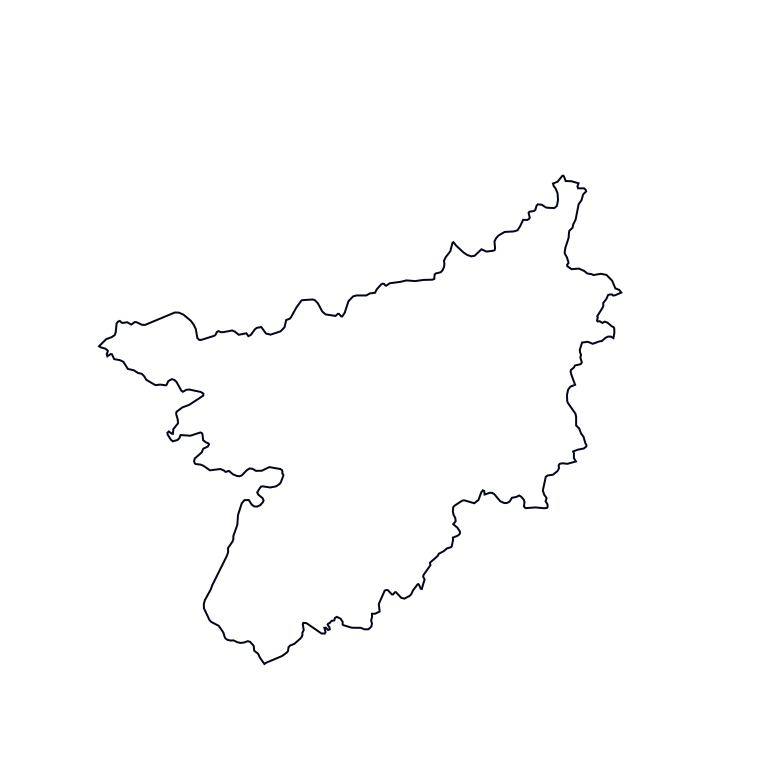 an SVG outline of Bihar, rotated 327°
{"feature_id": "IND-3258", "entity_name": "Bihar", "entity_type": "State", "adm_level": 1, "iso_a3": "IND", "parent_name": "India", "parent_adm1": "", "projection": "mercator", "projection_center": [85.594, 25.909], "detail": "fine", "context": "isolated", "style": "outline", "palette": "ink", "viewbox_px": 768, "rotation_deg": 327, "n_neighbors": 0, "source": "natural_earth", "source_scale": "10m", "svg_char_len": 6166}
<svg xmlns="http://www.w3.org/2000/svg" viewBox="0 0 768 768"><g transform="rotate(327 384 384)"><path d="M583.8,326.0L590.1,322.1L593.4,324.4L595.2,324.6L596.9,323.8L598.4,319.3L599.8,318.7L603.7,320.5L605.6,320.5L609.0,317.6L610.9,317.1L614.0,319.7L615.9,324.1L617.5,325.5L622.6,329.2L626.0,328.8L630.2,324.4L633.5,318.4L634.4,313.4L634.1,310.6L634.9,307.9L639.8,308.9L646.7,306.6L647.8,306.9L648.0,307.9L646.9,312.7L651.5,315.9L656.5,321.6L653.8,323.7L653.4,325.6L658.4,328.9L658.9,331.0L658.4,332.6L654.4,333.4L649.6,337.5L645.2,339.2L634.1,350.6L629.5,353.3L627.1,355.7L623.0,356.4L622.0,357.3L618.3,362.1L610.7,368.2L607.6,371.5L606.7,373.0L606.4,377.3L605.1,382.0L604.5,383.1L602.5,383.7L601.9,385.1L603.8,389.8L610.4,393.4L613.5,398.3L614.7,402.1L617.8,404.8L619.0,406.7L625.9,409.7L630.0,413.7L631.6,421.6L630.1,429.8L632.5,433.1L632.8,436.6L626.0,435.4L624.3,434.6L624.1,433.3L622.5,432.1L620.4,431.4L616.8,433.8L612.1,435.4L610.2,438.2L608.8,439.1L599.7,443.3L599.6,444.5L597.2,446.9L597.2,447.8L599.0,448.8L600.5,451.8L603.1,451.9L604.8,454.2L606.5,459.7L607.5,461.4L607.4,462.7L605.1,466.5L601.4,470.5L600.0,467.7L597.7,466.3L595.1,465.9L590.1,466.6L587.7,465.5L581.0,464.0L577.9,459.6L572.7,457.1L566.9,461.9L565.7,464.1L565.1,466.9L563.1,468.7L561.7,473.6L559.8,474.5L554.2,472.5L552.2,473.6L548.3,474.1L547.2,475.3L546.2,478.3L543.8,488.8L538.9,487.7L535.4,489.0L531.6,492.7L528.3,498.2L527.9,500.1L528.4,513.1L527.3,516.1L522.5,523.5L523.5,527.5L522.3,533.1L522.6,536.9L520.7,543.0L520.5,545.5L519.6,546.6L516.4,546.9L510.7,544.6L505.9,543.6L505.6,545.5L502.9,549.5L502.8,553.5L494.3,550.8L490.8,547.9L488.0,546.6L486.0,547.5L484.9,550.0L482.1,551.5L476.2,552.1L471.6,549.9L469.2,549.9L459.2,559.8L458.1,564.0L458.2,568.2L455.6,570.4L455.6,573.9L454.2,576.3L453.0,576.7L450.5,575.3L443.8,570.0L435.1,565.2L434.7,562.8L437.5,559.6L438.2,557.3L437.7,553.4L436.6,551.1L433.5,550.8L429.3,549.1L425.7,550.9L423.8,551.0L421.7,550.5L419.7,548.9L417.6,545.5L416.5,536.5L415.4,534.2L413.6,532.9L408.2,531.5L409.8,528.2L409.0,527.0L406.6,527.8L400.1,532.7L394.8,533.2L387.9,525.2L385.9,524.4L376.6,524.5L375.0,525.0L372.4,528.3L371.1,531.6L370.8,535.2L369.4,538.1L365.7,539.3L367.3,544.5L367.3,549.0L366.7,550.3L365.3,551.2L362.6,551.3L358.1,550.3L357.1,552.3L352.3,557.1L351.3,557.4L347.5,556.2L342.7,556.7L337.4,556.2L335.6,557.4L325.2,558.9L324.2,561.3L313.1,565.7L311.9,566.9L311.6,570.0L304.0,576.5L303.3,575.7L304.0,571.5L303.8,570.5L303.1,570.3L295.9,572.9L292.2,575.2L290.0,575.7L284.2,575.1L282.0,572.7L280.6,565.0L279.7,564.6L277.0,565.4L276.0,564.8L275.0,559.1L273.6,557.9L272.0,557.7L259.8,565.7L256.4,572.5L251.4,571.8L248.8,570.1L247.1,572.9L244.5,575.2L243.4,578.4L241.2,580.6L237.3,581.2L234.0,579.1L231.8,575.9L224.3,570.9L218.6,564.2L218.3,563.2L219.8,560.9L219.7,557.0L217.6,553.6L215.4,553.5L213.5,555.2L211.1,554.1L208.7,554.8L206.3,554.7L205.6,555.1L205.7,558.5L204.9,560.2L203.1,559.8L202.5,556.7L201.2,556.0L199.9,560.2L198.3,561.0L195.7,559.2L188.7,542.3L186.3,540.4L185.1,541.2L182.6,546.7L180.1,548.1L178.8,550.2L177.0,551.4L174.9,552.0L167.3,553.1L162.8,552.2L160.5,552.8L158.2,555.6L156.3,556.3L150.3,556.6L133.0,553.5L131.2,553.7L130.9,546.1L131.5,541.7L129.9,537.0L132.1,532.6L131.3,527.4L129.7,525.5L125.6,524.5L122.5,522.9L120.3,520.6L118.1,517.0L115.6,515.6L113.3,513.2L112.7,511.8L112.4,510.2L113.9,504.9L113.7,496.8L109.5,489.4L109.1,486.9L110.8,474.2L112.9,470.6L115.9,467.8L126.9,461.9L130.4,459.2L159.0,442.3L161.9,439.9L163.7,436.7L171.4,433.5L173.3,431.9L174.8,429.5L184.2,422.3L190.3,414.3L199.7,406.6L203.7,405.4L207.4,407.6L207.4,413.1L208.4,415.9L210.8,417.7L214.3,418.2L218.0,417.2L219.6,416.1L220.0,413.5L218.4,408.7L218.6,405.9L223.1,403.7L225.0,403.1L226.6,403.8L232.2,408.8L237.6,411.0L241.7,411.0L243.7,410.4L249.2,406.4L250.2,405.3L250.0,403.6L251.2,402.0L251.5,400.4L250.7,398.8L242.5,391.2L234.3,390.2L229.3,387.1L227.6,383.6L225.2,381.6L221.9,381.6L214.8,383.2L212.7,382.7L210.7,381.2L208.1,377.4L206.6,372.4L203.3,371.5L202.5,369.1L200.5,366.2L191.0,361.6L188.1,354.4L186.3,351.7L182.5,348.6L182.1,347.5L182.6,345.4L184.7,343.4L193.8,342.1L197.2,339.8L202.3,340.5L204.3,339.3L204.5,338.3L202.8,335.8L201.7,332.7L204.4,327.2L204.4,325.7L203.5,324.6L193.4,321.9L185.6,316.0L182.8,318.0L180.4,318.5L175.7,317.1L174.9,314.7L175.0,308.7L175.7,307.0L177.7,306.6L179.0,310.2L179.8,310.8L182.8,307.1L189.8,304.8L191.7,301.4L193.4,295.8L194.8,294.3L202.1,293.8L209.2,295.4L226.1,295.3L227.3,293.7L226.0,290.9L217.7,282.6L215.1,281.2L211.1,281.0L210.4,279.1L211.1,269.1L210.4,266.5L208.8,264.4L204.6,264.1L201.4,266.2L200.3,266.3L196.1,262.7L191.6,260.4L186.9,251.0L187.1,247.2L186.4,243.5L183.7,240.8L181.6,236.1L177.4,231.9L177.5,223.4L175.5,220.2L171.3,216.2L172.0,210.8L171.0,210.0L167.1,210.1L167.7,208.0L170.3,206.1L170.4,205.1L169.6,202.6L166.5,199.1L165.6,197.1L175.4,195.1L181.2,196.4L184.7,196.3L187.1,194.6L192.6,187.7L194.8,186.8L196.8,187.2L197.3,189.5L198.3,190.6L202.2,192.3L204.4,196.5L208.8,196.3L210.2,197.5L213.4,202.7L215.8,204.3L247.5,210.1L250.8,212.4L253.6,216.6L256.4,225.7L256.7,230.5L256.1,235.4L252.5,243.8L253.1,246.4L254.5,247.4L267.8,251.1L269.1,251.1L272.4,249.3L274.1,249.6L275.3,251.6L277.9,253.2L285.8,256.4L287.4,258.8L289.0,263.6L296.2,266.5L296.3,270.0L299.1,270.3L305.3,267.9L307.8,267.6L312.1,269.4L312.5,277.4L315.7,280.8L325.9,283.5L331.4,282.3L336.8,277.1L340.7,277.9L342.7,277.2L351.6,272.4L360.3,269.0L361.5,269.4L370.1,274.2L371.7,276.1L372.5,280.4L371.7,289.5L372.9,293.8L380.4,300.5L383.6,300.0L384.5,300.8L384.9,303.9L385.7,304.6L389.8,302.9L399.3,295.2L405.8,293.7L409.2,294.8L417.4,300.1L421.4,300.3L426.2,302.6L429.4,300.7L436.0,298.9L437.8,299.3L438.6,300.2L438.7,301.9L439.5,302.8L443.6,302.6L453.7,307.4L459.2,309.3L466.2,314.7L473.6,318.1L481.3,322.8L483.3,323.3L486.1,319.7L487.6,319.5L492.5,321.2L495.3,320.4L498.0,318.6L500.1,316.2L501.3,313.4L504.7,311.3L511.9,308.8L518.3,302.9L519.5,302.9L519.9,307.3L522.3,317.0L524.1,321.1L526.7,324.5L529.9,325.8L539.1,324.1L542.0,328.7L548.1,331.7L549.6,332.0L551.0,330.8L554.3,324.6L557.4,322.8L560.9,321.8L568.0,322.2L575.9,326.7L579.7,327.8L583.8,326.0Z" fill="none" stroke="#020617" stroke-width="2"/></g></svg>